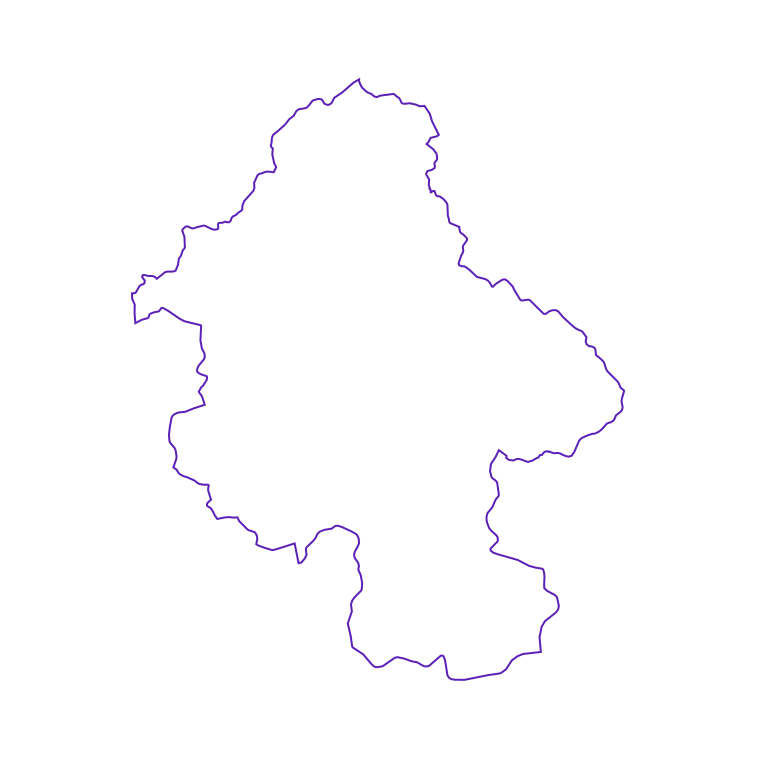 outline of Binh Lieu, Quảng Ninh, Vietnam, rotated 81°
{"feature_id": "81297802B53696601888295", "entity_name": "Binh Lieu", "entity_type": "district", "adm_level": 2, "iso_a3": "VNM", "parent_name": "Vietnam", "parent_adm1": "Quảng Ninh", "projection": "robinson", "projection_center": [107.427, 21.551], "detail": "fine", "context": "isolated", "style": "outline", "palette": "violet", "viewbox_px": 768, "rotation_deg": 81, "n_neighbors": 0, "source": "geoboundaries", "source_scale": "gbopen_adm2", "svg_char_len": 6136}
<svg xmlns="http://www.w3.org/2000/svg" viewBox="0 0 768 768"><g transform="rotate(81 384 384)"><path d="M673.2,271.0L658.4,270.0L648.3,266.2L643.4,262.1L637.2,251.1L636.1,249.4L633.8,247.2L630.5,246.0L622.3,246.5L621.0,246.8L619.2,248.2L613.8,255.3L610.8,257.6L607.0,257.2L599.9,255.7L595.3,255.4L592.0,255.8L591.1,256.9L589.1,263.0L586.3,269.2L578.8,279.3L569.8,298.6L567.8,302.3L565.1,304.8L563.3,304.6L557.5,296.8L556.6,296.1L554.9,295.8L553.4,295.8L551.3,296.5L545.5,301.2L542.7,302.7L537.5,303.8L534.5,304.0L531.5,303.6L527.7,302.0L522.9,296.5L515.5,291.7L512.5,288.3L510.7,287.8L498.8,287.7L496.8,288.9L493.4,292.2L492.6,292.4L486.7,292.9L480.4,291.1L478.7,290.0L473.7,285.3L467.3,280.9L474.0,274.3L474.5,274.2L476.0,274.9L478.6,272.3L479.8,268.0L478.8,264.7L479.1,262.6L480.0,260.4L483.5,254.1L482.9,249.6L481.0,244.6L480.8,243.1L478.6,241.1L478.7,238.9L476.7,237.0L476.1,235.6L475.9,233.5L476.8,231.9L476.5,231.3L478.3,228.5L479.0,226.6L479.2,223.7L480.0,221.1L482.5,217.7L484.1,214.6L484.7,212.6L484.1,209.7L480.9,206.7L470.7,200.3L468.8,198.1L468.1,196.6L466.4,190.1L465.8,185.7L466.0,183.3L464.6,179.0L462.6,175.7L458.1,170.2L457.4,167.9L457.4,166.4L456.1,163.2L454.6,161.8L451.4,159.9L448.2,154.3L446.7,152.9L445.1,152.2L443.7,151.9L438.7,152.2L435.6,151.3L428.6,148.0L427.9,148.0L424.5,151.0L419.7,152.1L417.8,153.1L406.5,161.3L404.3,162.2L397.7,163.2L395.7,164.1L391.2,167.6L388.7,170.0L382.8,169.9L380.9,170.6L379.2,173.5L378.8,175.6L376.3,177.7L373.6,178.2L369.9,176.8L369.1,176.9L363.8,179.6L362.7,180.5L360.9,183.5L358.7,186.3L355.8,188.9L345.8,196.8L339.6,200.5L338.0,202.6L337.5,206.0L338.0,209.2L340.0,213.2L339.9,214.6L339.4,215.5L323.7,227.1L323.2,228.8L323.2,234.1L323.0,235.2L322.0,236.3L311.3,240.7L308.1,241.5L301.5,245.9L299.7,248.0L299.4,249.4L299.6,251.0L302.7,258.1L305.0,261.2L304.8,262.0L300.3,263.8L298.2,265.1L296.3,267.4L292.8,275.4L284.7,281.7L281.3,285.0L280.3,286.4L279.8,289.1L278.1,291.4L276.7,291.5L269.1,287.6L266.6,285.6L264.7,284.8L261.4,284.8L259.9,284.3L255.0,279.6L253.1,279.2L248.3,282.7L246.9,284.4L245.5,285.1L241.9,285.3L240.7,285.0L235.3,293.7L232.9,294.3L231.1,294.1L227.9,294.6L216.8,293.3L213.9,294.2L210.6,296.4L207.7,299.3L206.7,302.2L205.5,303.1L201.2,304.0L201.1,305.8L202.1,307.4L202.0,307.9L199.3,307.6L198.6,308.4L197.7,308.6L197.0,308.0L194.8,308.7L189.1,307.4L183.4,309.6L181.0,308.3L180.4,307.2L180.0,303.3L178.6,300.3L177.6,299.8L174.1,299.7L173.2,299.3L170.7,296.6L168.9,296.1L164.7,296.1L159.9,298.6L153.6,304.4L151.7,301.9L148.2,299.6L147.6,292.9L146.5,290.9L131.8,295.5L124.2,296.5L115.7,300.5L115.3,305.2L113.1,308.7L110.7,314.7L110.5,319.8L109.7,322.0L109.0,322.7L106.5,323.3L104.0,324.3L101.8,326.7L99.7,328.2L99.0,329.3L98.6,342.6L99.5,346.2L98.6,348.5L95.8,350.8L93.0,355.2L87.7,359.4L82.6,361.0L80.7,361.2L79.2,360.9L81.6,367.0L89.7,380.0L93.5,388.3L98.0,391.6L98.8,392.7L99.5,394.6L99.6,395.6L99.1,397.0L97.7,399.1L94.4,400.3L92.9,401.6L92.2,403.9L92.2,405.9L92.9,410.1L98.0,415.7L98.9,417.2L99.3,418.8L99.3,424.9L100.6,427.7L105.0,431.3L107.6,436.1L112.2,441.0L118.0,449.9L120.0,453.6L120.7,454.6L123.1,456.1L128.3,457.4L131.0,458.5L131.9,458.4L134.1,457.0L139.8,458.4L141.1,458.4L148.7,457.9L153.0,456.6L157.6,459.8L156.1,465.0L155.9,467.8L156.8,471.7L156.9,474.0L157.8,476.1L164.9,480.8L170.1,481.3L172.8,482.8L181.5,493.5L186.0,496.1L188.6,496.4L190.2,497.3L192.1,501.3L193.9,503.8L194.9,507.2L196.3,508.7L198.4,509.6L199.9,511.4L200.0,512.5L198.8,515.7L199.5,518.3L199.1,520.9L199.3,522.4L200.5,523.0L204.3,523.3L204.7,523.6L205.1,524.6L205.1,527.3L204.1,529.7L199.6,536.3L199.3,537.3L199.7,542.8L200.5,548.2L200.1,549.6L197.6,553.3L197.5,555.5L199.6,558.5L200.8,559.3L207.4,558.1L218.1,559.3L220.9,562.1L225.3,564.3L228.2,567.1L233.8,568.7L239.2,571.9L239.7,572.8L239.9,575.0L239.1,580.6L239.3,582.7L244.5,591.9L242.5,593.4L241.2,595.5L240.5,599.5L238.9,603.6L238.7,605.1L240.2,606.1L241.4,605.8L244.3,604.1L246.9,604.8L247.6,606.0L248.4,609.2L249.2,610.3L254.9,614.9L255.3,616.3L255.0,618.7L260.4,619.4L266.6,617.8L275.7,619.4L285.0,620.0L282.7,613.3L282.0,607.2L281.7,606.4L278.7,604.7L278.0,603.7L277.2,599.8L277.0,594.9L274.3,592.2L274.0,591.3L274.7,589.9L278.2,585.5L287.6,575.6L289.9,572.5L291.2,570.4L297.2,556.0L297.7,555.5L312.4,558.5L320.4,558.3L325.9,556.5L329.7,556.9L331.4,557.9L336.9,564.2L339.4,565.9L342.0,566.7L343.3,566.2L344.1,565.4L345.7,563.4L348.5,558.0L349.4,557.7L352.0,558.3L357.0,562.6L358.8,565.1L362.5,568.1L363.3,568.0L366.8,566.1L368.9,565.5L376.5,564.3L378.2,575.2L380.4,584.9L380.0,590.5L380.3,593.2L381.3,596.3L382.9,598.3L384.1,599.1L392.5,602.1L400.3,604.3L406.7,604.8L408.2,604.6L414.3,600.9L416.9,600.2L422.8,600.2L425.4,600.8L433.4,605.1L436.2,602.3L439.9,600.7L441.1,599.8L443.5,596.7L445.8,592.2L449.8,586.1L452.3,583.9L453.6,582.4L455.0,578.9L456.0,573.5L456.4,573.1L457.1,573.0L459.5,574.0L462.5,574.3L471.1,572.9L473.6,576.6L474.8,577.6L476.1,577.8L476.9,577.6L479.6,574.5L482.6,573.1L487.5,571.6L491.2,569.8L490.9,562.5L491.2,557.8L492.4,553.8L492.8,549.6L496.7,548.5L505.2,542.4L507.1,540.8L509.9,535.3L510.5,534.6L513.4,533.4L516.8,533.3L522.3,535.2L524.0,533.2L527.3,527.2L530.6,520.3L530.5,517.4L527.5,497.2L547.6,496.4L547.4,493.5L544.0,489.6L540.6,487.2L535.1,487.1L533.3,486.2L527.7,478.2L525.6,475.9L521.5,473.1L519.9,470.8L518.7,465.8L518.7,458.4L516.7,454.5L516.7,451.9L518.7,447.9L524.3,439.5L527.4,435.5L528.7,434.4L531.0,433.5L533.0,433.2L537.3,433.5L541.1,435.9L544.8,438.9L546.9,439.9L549.3,440.4L551.9,439.8L556.1,437.7L557.9,437.3L560.2,437.3L562.7,438.3L564.3,438.3L569.0,436.9L577.3,436.7L583.2,438.1L584.4,438.8L590.4,446.9L593.1,449.4L596.6,451.1L603.6,451.3L614.8,457.2L628.2,456.3L638.4,456.5L639.5,455.9L647.8,446.8L658.7,440.2L661.4,438.0L662.2,436.8L662.7,434.5L662.5,429.3L656.1,416.2L655.9,413.5L658.4,406.9L662.2,400.1L664.0,394.9L668.1,389.9L669.1,388.3L669.5,387.2L669.6,384.6L669.4,383.5L661.6,371.0L661.2,370.3L661.5,368.6L662.0,367.9L663.2,367.5L667.1,366.9L681.6,366.9L684.4,365.7L686.0,363.8L687.1,360.5L688.8,350.8L687.8,326.6L688.0,315.1L687.3,312.7L684.8,308.0L677.0,301.0L673.8,294.8L672.4,288.9L673.2,271.0Z" fill="none" stroke="#5b21b6" stroke-width="2"/></g></svg>